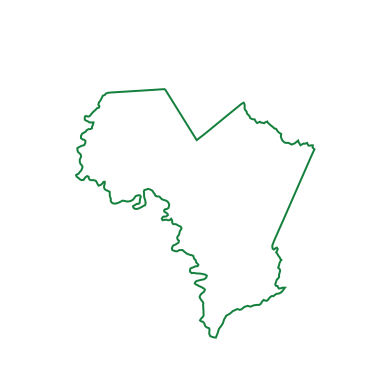 outline of Itapetinga, Bahia, Brazil, rotated 35°
{"feature_id": "56859067B19458731628359", "entity_name": "Itapetinga", "entity_type": "district", "adm_level": 2, "iso_a3": "BRA", "parent_name": "Brazil", "parent_adm1": "Bahia", "projection": "robinson", "projection_center": [-40.051, -15.316], "detail": "fine", "context": "isolated", "style": "outline", "palette": "green", "viewbox_px": 384, "rotation_deg": 35, "n_neighbors": 0, "source": "geoboundaries", "source_scale": "gbopen_adm2", "svg_char_len": 5409}
<svg xmlns="http://www.w3.org/2000/svg" viewBox="0 0 384 384"><g transform="rotate(35 192 192)"><path d="M267.8,86.8L266.5,86.6L265.3,86.4L264.2,84.5L262.9,85.4L262.0,86.4L260.8,87.2L259.5,86.6L258.1,85.8L256.8,87.7L255.5,88.4L254.9,89.7L254.0,91.5L252.4,90.7L250.8,90.1L249.5,89.0L248.8,91.2L248.2,93.4L247.2,94.7L246.4,96.0L244.1,96.2L242.5,96.6L240.9,97.8L239.2,98.4L237.4,98.1L236.2,97.8L235.0,97.1L234.0,96.4L232.8,95.4L231.8,93.3L230.4,93.4L228.7,93.4L227.2,93.1L226.0,92.6L224.7,92.0L223.0,92.7L220.6,92.3L218.6,92.3L216.7,92.0L214.7,91.8L213.2,91.1L212.1,92.8L211.6,94.3L209.9,94.9L208.6,95.6L207.3,95.5L206.7,96.8L205.8,98.1L204.1,97.8L202.8,97.2L201.6,96.6L200.0,97.6L198.3,98.0L196.9,97.9L195.3,96.7L193.5,96.5L191.9,96.1L190.4,94.7L188.2,94.2L187.0,93.3L186.1,91.7L184.7,90.0L183.1,89.2L182.0,91.4L180.5,96.7L177.1,108.6L169.2,136.8L166.1,146.8L112.1,123.8L110.5,123.5L103.6,129.0L101.8,130.5L98.9,132.8L67.9,157.5L66.4,158.8L65.1,160.6L64.8,162.7L63.7,164.3L64.0,166.1L64.3,167.8L64.5,170.2L64.4,172.2L65.3,174.3L66.9,174.8L67.4,176.1L66.2,177.7L65.9,180.0L65.4,181.8L65.1,183.5L64.8,185.6L64.8,187.7L64.2,189.4L63.1,190.1L61.7,190.4L61.0,191.6L61.9,193.3L62.8,194.3L64.7,194.2L66.5,193.8L68.1,193.8L69.5,192.9L71.4,191.5L72.3,193.9L72.7,195.9L73.5,197.2L72.7,198.6L71.1,200.0L70.2,202.1L70.3,203.6L69.7,204.9L68.8,206.6L68.6,208.0L69.0,210.0L70.3,211.6L72.0,211.7L74.0,211.0L75.6,211.4L76.5,213.1L76.8,215.4L75.1,217.5L73.8,219.9L72.9,221.8L74.2,223.5L75.8,224.6L77.7,224.9L79.0,225.0L80.7,226.3L81.2,228.2L81.5,229.9L82.9,231.8L84.6,233.0L86.8,233.4L88.0,234.3L88.5,236.0L88.9,237.9L88.6,239.6L88.6,241.9L87.9,243.2L87.3,244.6L88.8,245.7L90.9,245.6L92.9,245.9L94.8,245.6L96.3,244.2L96.2,242.0L96.4,240.5L97.0,239.1L98.5,238.8L99.5,239.9L101.0,240.6L102.7,240.2L104.4,238.8L106.6,238.0L108.5,238.7L110.0,239.6L111.9,240.4L113.3,238.2L113.7,236.1L113.7,234.5L114.7,233.7L115.8,235.3L116.5,237.5L117.5,238.8L118.9,239.8L121.0,239.7L122.8,239.2L124.7,239.2L125.4,240.4L126.6,241.9L127.6,243.0L129.3,244.0L130.4,245.8L131.6,246.5L132.8,246.7L134.2,246.5L135.7,245.6L137.1,244.2L138.0,242.8L138.9,241.2L140.1,238.9L142.1,237.9L144.0,237.2L145.3,236.3L147.1,234.3L148.1,232.1L148.2,230.4L148.2,227.7L149.7,225.6L151.3,224.6L152.7,225.1L153.2,226.8L153.9,228.4L154.6,229.7L155.4,231.0L155.0,232.4L153.6,233.4L152.6,235.7L151.8,237.4L153.0,238.4L154.7,238.6L156.3,237.7L157.3,236.7L158.2,235.3L159.3,233.3L160.1,231.5L161.1,229.7L160.4,227.6L159.3,226.6L158.3,225.4L156.6,224.4L154.8,222.5L153.6,220.7L152.2,219.2L151.9,217.7L153.0,216.4L154.3,214.6L156.1,214.0L157.5,213.8L159.0,213.7L160.9,214.6L162.5,215.0L164.1,216.0L165.7,215.8L167.0,214.9L168.3,214.5L169.8,214.9L171.4,215.2L173.8,214.6L175.9,213.9L177.8,213.9L179.1,214.5L180.3,215.1L181.1,216.4L181.9,218.6L181.0,220.6L179.8,221.6L179.7,223.1L180.8,224.0L182.8,223.8L184.5,223.9L185.5,224.7L184.9,226.8L182.5,228.8L182.5,231.1L184.1,232.0L185.5,230.5L186.9,229.4L188.7,228.8L190.0,227.6L190.2,225.9L192.1,226.7L193.4,228.5L195.0,229.1L196.6,228.0L198.0,227.4L199.2,227.5L201.2,227.1L202.8,226.9L204.3,227.8L204.5,229.4L204.5,231.1L205.4,233.1L205.9,234.8L205.7,236.6L206.1,238.0L207.5,239.2L209.2,239.3L210.0,241.2L208.9,243.9L208.2,245.3L207.3,246.5L207.4,248.1L207.9,249.8L209.1,250.8L210.8,250.5L212.2,250.1L214.0,249.0L214.8,247.0L216.1,246.0L217.6,245.0L219.9,245.3L221.7,245.4L223.6,245.4L225.8,244.8L228.2,243.9L229.7,243.6L231.3,244.9L232.5,245.6L233.9,245.6L234.9,246.5L236.0,247.3L237.4,247.5L239.0,248.0L239.1,249.6L237.4,250.9L236.4,252.8L235.4,254.2L234.6,255.5L235.2,257.3L236.2,258.4L238.4,258.6L239.4,257.5L240.9,256.8L242.4,256.1L244.1,255.0L245.3,254.3L246.7,253.5L248.4,252.9L250.0,252.1L252.1,252.0L252.8,254.0L252.1,256.4L250.8,257.8L249.8,258.8L248.3,260.6L247.0,262.0L246.4,263.5L246.7,265.3L248.2,265.5L249.8,265.1L251.5,265.1L253.3,264.6L255.7,264.4L257.1,264.2L258.6,264.6L259.1,266.7L258.5,268.5L258.0,270.1L258.0,271.9L258.3,273.4L259.4,274.3L260.6,274.8L261.9,275.3L263.7,275.8L265.1,276.6L265.7,277.9L266.8,279.3L267.8,280.5L268.6,281.7L269.7,282.8L270.6,284.2L271.8,285.7L272.5,287.0L272.5,288.5L272.0,291.0L272.2,292.6L273.8,292.7L275.2,292.0L277.0,292.4L278.3,293.2L279.9,294.3L281.5,294.4L282.8,294.2L284.1,293.8L285.3,294.7L286.2,296.3L287.5,298.3L289.4,299.5L291.4,299.2L293.5,298.5L295.1,297.5L294.4,295.0L294.1,293.4L293.5,291.4L292.6,288.9L292.6,287.1L292.8,285.2L292.7,283.4L292.5,281.4L291.9,279.6L291.3,277.5L291.3,275.8L290.9,273.8L291.9,271.9L292.9,269.7L293.4,267.6L293.8,265.9L294.7,264.7L295.3,263.3L296.6,261.7L298.7,261.1L299.8,259.8L300.2,258.4L300.7,256.3L302.0,254.5L302.8,253.4L304.1,252.9L305.5,252.5L306.7,250.8L307.9,249.0L309.2,248.0L310.2,247.0L311.9,245.9L312.5,244.0L312.2,241.8L312.6,239.3L314.6,238.9L316.0,237.7L316.1,235.5L316.4,233.0L317.1,231.4L318.4,230.7L318.9,229.0L319.5,227.1L321.0,225.7L321.9,224.6L322.8,222.4L323.0,217.1L321.2,218.3L319.7,220.2L318.6,221.2L317.3,220.8L316.0,220.0L314.6,220.7L313.2,220.0L312.6,218.2L312.2,216.6L311.7,215.2L312.1,213.6L312.1,211.6L310.8,210.0L310.1,208.0L309.3,205.8L307.6,204.7L306.0,204.6L305.5,202.8L305.0,201.4L304.4,199.8L304.1,197.9L304.2,196.4L302.8,196.2L301.7,195.4L300.3,195.0L298.8,194.5L297.2,193.6L295.6,193.2L295.4,191.4L294.9,189.5L293.4,188.9L292.6,190.3L292.1,192.1L290.6,192.2L289.4,191.0L288.4,189.6L287.2,184.7L283.5,166.0L283.2,164.3L269.0,93.5L267.8,86.8Z" fill="none" stroke="#15803d" stroke-width="2"/></g></svg>